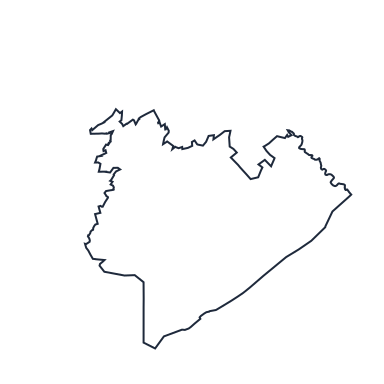 the district of Ehlanzeni, Mpumalanga, South Africa, rotated 54°
{"feature_id": "47623444B37290189898198", "entity_name": "Ehlanzeni", "entity_type": "district", "adm_level": 2, "iso_a3": "ZAF", "parent_name": "South Africa", "parent_adm1": "Mpumalanga", "projection": "robinson", "projection_center": [30.857, -24.99], "detail": "fine", "context": "isolated", "style": "outline", "palette": "slate", "viewbox_px": 384, "rotation_deg": 54, "n_neighbors": 0, "source": "geoboundaries", "source_scale": "gbopen_adm2", "svg_char_len": 5778}
<svg xmlns="http://www.w3.org/2000/svg" viewBox="0 0 384 384"><g transform="rotate(54 192 192)"><path d="M287.7,64.7L284.3,65.0L283.4,64.9L282.9,65.0L282.1,65.0L281.7,64.9L281.3,64.9L281.0,65.2L280.9,65.5L281.0,65.8L280.9,66.2L280.7,66.5L279.9,66.6L279.6,66.5L279.0,66.3L278.7,65.9L278.4,65.8L277.9,65.7L277.6,65.2L277.2,65.0L276.6,64.4L276.4,64.3L276.0,64.3L275.3,64.6L275.0,64.7L274.6,65.1L274.1,65.6L273.6,66.1L273.3,66.4L272.7,67.1L272.5,67.3L271.7,67.8L271.4,68.1L271.3,68.5L271.3,69.0L271.5,69.9L271.5,70.3L271.7,70.7L271.7,71.6L271.5,72.5L271.1,73.0L270.5,73.4L269.7,73.9L267.8,74.3L266.6,74.3L265.8,74.2L265.4,73.8L265.3,73.6L265.2,73.0L265.0,72.7L264.9,72.4L264.8,72.1L264.6,71.1L264.5,70.6L264.4,70.2L264.3,69.8L264.2,69.3L263.9,68.8L263.6,68.6L263.2,68.5L262.4,68.5L261.0,68.8L260.3,68.9L259.6,69.2L259.0,69.6L258.2,70.6L258.0,71.0L257.8,71.3L257.7,71.8L257.7,72.4L257.6,72.7L257.4,73.1L256.7,73.7L256.5,73.8L256.2,73.8L255.3,73.4L254.6,72.6L254.2,72.0L253.9,71.4L253.6,71.0L253.3,70.9L252.5,70.9L251.5,71.2L251.1,71.4L250.9,71.7L250.7,72.0L250.6,72.4L250.6,73.1L250.5,73.5L250.0,73.7L249.3,73.9L249.0,73.8L248.1,73.5L247.9,73.3L246.9,72.1L246.4,71.8L245.9,71.7L245.1,71.3L243.9,70.7L242.7,70.5L241.8,70.4L241.4,70.3L240.7,69.6L240.4,69.4L240.1,69.2L239.4,69.3L239.4,69.8L239.4,71.5L239.2,72.0L238.9,72.6L238.3,73.3L238.0,73.6L237.1,73.8L236.7,74.1L235.9,74.6L234.8,75.2L234.5,75.2L234.1,75.0L233.9,74.6L233.6,73.8L233.5,73.3L233.1,73.2L232.7,73.3L232.1,74.0L231.5,74.8L231.1,75.3L230.6,75.7L229.4,75.9L228.7,76.2L228.0,76.5L227.4,76.7L227.0,76.8L226.3,77.1L226.0,77.2L225.5,77.0L225.1,76.8L224.6,76.2L224.2,76.0L223.6,75.9L223.3,76.1L222.7,76.8L222.2,77.5L221.3,78.5L220.1,79.3L219.4,79.5L219.1,79.3L218.8,79.0L218.6,78.0L218.4,77.1L218.3,76.2L218.1,75.7L217.8,75.2L217.3,74.6L216.9,74.0L216.2,73.2L215.3,72.4L214.9,72.2L214.4,72.0L213.8,71.9L213.5,71.7L213.3,71.5L212.8,70.8L212.5,70.6L212.4,70.6L212.1,70.6L211.9,70.7L210.8,71.1L210.5,71.3L210.2,71.6L210.0,72.3L210.0,72.8L209.9,73.0L210.0,73.4L210.0,73.8L209.9,74.1L209.3,74.2L209.1,74.3L208.0,75.0L207.8,75.2L207.5,75.4L207.4,75.5L205.9,76.0L205.6,76.0L205.4,75.9L204.9,75.4L204.5,75.3L204.2,75.3L203.1,75.6L202.4,75.6L202.1,75.7L201.8,76.1L201.6,76.2L201.0,76.4L200.1,76.8L199.7,77.0L199.2,77.2L198.6,78.0L198.4,78.2L198.3,78.3L200.7,78.6L204.5,78.1L203.9,81.8L201.8,81.5L203.0,85.1L200.0,87.7L196.8,90.4L197.3,96.0L197.9,101.1L197.6,106.1L197.4,107.4L202.5,107.6L208.0,107.0L209.4,106.5L213.1,105.3L213.9,106.5L216.3,110.6L217.7,112.9L208.8,114.2L208.8,122.0L213.5,120.6L215.2,123.7L219.0,129.8L216.0,137.0L213.8,137.2L209.6,137.6L203.4,138.3L202.2,138.4L200.7,138.6L197.2,138.8L191.8,139.6L186.9,140.3L186.4,132.6L182.0,133.1L181.4,133.2L177.4,134.8L172.5,131.7L169.8,130.0L169.5,129.8L168.0,128.1L165.1,124.9L162.0,129.8L162.2,136.0L162.1,139.3L162.0,143.7L158.9,140.9L156.4,145.6L156.6,145.9L159.7,151.1L160.9,155.9L157.1,159.4L156.4,159.8L151.8,159.6L151.5,162.7L154.8,164.7L153.9,169.4L151.6,174.6L149.8,173.5L148.7,177.1L145.9,178.9L145.6,179.0L145.8,182.7L143.8,180.1L141.9,180.7L136.5,182.4L136.5,183.6L136.5,184.1L136.4,185.1L136.3,187.3L135.7,186.7L135.2,186.1L133.9,184.7L131.7,182.1L130.2,176.0L128.8,174.8L124.9,174.2L125.0,174.4L125.1,174.5L125.0,174.8L125.0,175.0L124.9,175.4L124.9,175.5L125.1,175.7L125.2,175.8L125.4,175.6L125.5,175.6L125.7,175.9L125.7,176.1L125.9,176.5L125.7,176.9L121.1,174.1L121.0,176.3L121.0,177.1L120.9,178.5L117.0,177.4L116.4,177.1L116.2,177.2L116.1,177.3L116.3,177.7L116.3,177.9L116.3,178.1L116.5,178.2L116.5,178.3L116.5,178.5L116.1,178.4L116.1,178.7L115.9,178.6L115.9,178.2L114.9,176.5L109.4,175.8L104.1,175.1L103.4,174.9L102.0,183.4L101.2,189.4L101.2,189.7L101.3,191.8L102.1,191.9L102.1,193.1L103.5,196.1L104.0,197.1L104.2,197.8L99.9,196.8L98.7,197.3L98.7,204.6L98.3,204.8L98.3,208.9L95.8,208.5L92.5,209.1L92.4,206.9L88.8,203.7L85.8,201.3L85.8,203.9L80.3,204.9L82.1,208.9L83.2,211.5L83.7,222.5L84.0,222.4L83.6,224.8L82.7,228.6L83.3,236.3L81.6,236.0L82.0,238.1L85.4,239.7L90.2,232.8L91.7,230.4L93.8,228.0L94.2,226.8L94.8,226.7L95.9,223.9L95.2,223.8L95.8,221.7L96.3,220.1L98.0,223.1L98.2,224.3L101.8,227.0L102.2,227.9L103.0,227.8L103.4,228.1L103.3,230.4L103.8,231.4L104.0,230.5L104.7,232.3L103.1,233.7L103.6,234.8L105.0,238.4L105.8,239.0L106.9,239.5L107.4,237.4L110.0,238.4L109.5,241.1L108.7,245.2L109.1,245.0L107.6,247.9L107.8,248.2L108.7,249.5L109.9,251.0L111.2,253.1L113.0,250.5L115.4,249.5L118.9,253.2L120.8,255.5L124.8,249.9L124.9,250.1L128.1,246.8L126.3,241.4L128.8,237.8L131.5,236.9L130.7,241.4L130.8,241.7L131.8,245.1L132.6,245.2L134.8,250.5L134.9,251.6L137.0,250.3L138.1,253.4L140.4,252.2L141.8,252.4L142.4,252.6L143.2,253.7L143.8,253.7L144.1,254.1L143.1,256.2L142.9,256.5L140.7,261.0L141.4,263.4L144.3,263.5L145.0,263.7L146.4,263.0L147.2,263.3L149.0,268.1L151.4,272.9L150.7,273.8L149.5,274.1L148.8,276.1L155.0,278.4L152.9,283.4L162.3,287.0L162.0,287.9L161.5,289.3L162.0,291.0L163.0,293.0L164.4,294.2L164.4,294.6L164.1,294.9L164.4,297.3L165.4,298.4L166.4,300.8L166.0,301.4L166.7,302.3L169.2,302.4L171.1,303.1L172.1,304.1L171.9,308.3L171.0,309.0L175.0,310.4L178.3,310.3L183.1,311.0L187.8,311.5L187.9,311.4L189.7,309.4L189.8,309.4L192.7,306.1L195.6,302.8L195.9,305.1L196.1,308.7L197.3,310.1L205.0,309.8L219.9,295.7L225.6,287.2L236.5,284.2L249.9,293.8L256.8,298.9L285.4,319.7L296.9,313.8L292.3,299.6L297.5,281.0L299.4,278.8L300.5,274.9L300.5,272.4L300.0,267.3L299.5,259.8L297.9,259.5L297.5,257.7L297.5,255.7L297.5,253.3L297.6,252.3L297.7,251.0L298.8,248.6L298.7,248.5L298.7,248.3L298.8,247.8L298.9,247.5L301.4,242.3L301.5,242.0L301.6,241.6L302.4,232.4L303.1,223.8L303.5,216.4L303.7,210.0L303.3,201.5L301.8,183.7L300.0,154.0L301.2,139.5L301.6,124.2L298.8,104.9L298.2,104.3L290.3,89.8L288.0,66.8L287.7,64.7Z" fill="none" stroke="#1e293b" stroke-width="2"/></g></svg>